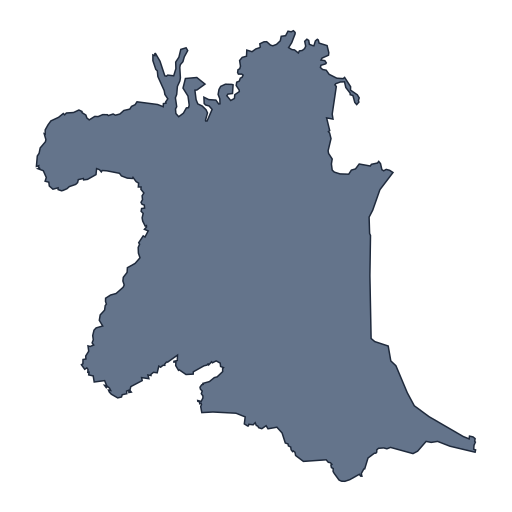 the district of Contepec, Michoacán, Mexico
{"feature_id": "50627088B15028424096035", "entity_name": "Contepec", "entity_type": "district", "adm_level": 2, "iso_a3": "MEX", "parent_name": "Mexico", "parent_adm1": "Michoacán", "projection": "natural_earth1", "projection_center": [-100.227, 19.961], "detail": "fine", "context": "isolated", "style": "filled", "palette": "slate", "viewbox_px": 512, "rotation_deg": 0, "n_neighbors": 0, "source": "geoboundaries", "source_scale": "gbopen_adm2", "svg_char_len": 5923}
<svg xmlns="http://www.w3.org/2000/svg" viewBox="0 0 512 512"><path d="M431.2,442.4L437.6,441.4L449.9,446.2L475.1,452.2L475.6,449.9L473.7,449.2L474.0,445.3L475.4,442.1L474.7,441.3L475.1,438.6L473.0,436.9L469.5,436.1L469.1,438.9L463.2,436.5L429.1,416.7L414.3,405.8L407.3,392.8L395.9,365.7L390.8,360.9L388.2,346.0L374.8,341.6L371.1,338.5L369.9,275.7L370.5,235.5L369.6,233.5L369.1,217.1L372.7,210.2L379.9,189.7L393.0,172.5L389.6,170.3L386.2,169.4L383.7,170.8L381.9,169.7L380.5,163.6L378.7,161.4L377.5,163.0L371.4,164.3L370.3,166.0L359.2,164.0L355.5,168.9L351.4,170.1L348.7,174.2L340.0,173.9L334.3,172.1L332.2,170.1L331.4,164.0L332.2,159.0L328.6,153.5L328.1,150.8L331.0,138.6L329.6,133.0L328.4,131.7L329.7,130.6L326.6,117.9L333.0,119.1L332.2,114.1L336.3,86.5L334.9,84.8L335.7,83.7L340.3,82.0L344.5,81.8L345.8,87.5L350.1,93.1L350.2,94.7L352.9,95.5L354.8,102.4L356.7,104.6L358.9,102.1L358.4,100.5L359.2,97.9L357.3,94.8L350.5,90.1L350.6,86.7L344.6,77.4L343.2,78.6L336.8,78.2L329.1,74.3L326.2,70.2L322.6,69.5L320.4,67.5L320.9,65.3L325.7,63.8L326.3,62.9L324.8,60.6L321.0,60.1L322.0,58.1L328.5,55.2L328.8,52.7L327.1,45.6L319.1,43.1L318.3,40.0L317.3,39.3L315.4,40.9L313.9,45.8L312.7,45.6L309.4,44.3L308.7,40.4L306.9,39.2L304.7,41.3L305.7,46.2L304.6,48.6L302.2,50.5L299.4,50.9L298.3,53.0L294.5,49.9L291.9,49.6L288.6,47.6L291.7,42.7L295.1,33.9L295.1,32.4L293.4,30.7L291.2,31.8L288.0,31.2L285.6,35.7L281.2,36.3L280.3,40.8L276.5,44.4L272.8,45.8L270.5,45.1L266.7,41.7L264.0,41.8L259.8,43.8L260.3,47.0L259.3,47.8L255.9,48.9L252.0,51.7L246.8,50.1L246.5,56.2L242.2,57.4L239.6,60.5L240.5,66.2L239.7,68.8L238.0,69.7L237.6,72.5L238.4,74.1L241.8,74.1L243.1,75.1L242.1,77.3L240.3,78.2L239.3,81.1L236.7,82.2L236.2,85.5L239.2,90.1L239.3,91.6L234.8,94.7L234.4,98.5L230.7,100.5L226.8,95.7L227.9,94.1L232.5,93.5L233.1,84.8L231.8,84.4L225.4,84.2L220.7,86.4L219.0,89.4L218.1,94.4L219.8,98.8L220.0,103.8L218.7,104.0L215.9,100.1L208.7,99.6L203.9,97.2L204.2,103.6L205.8,105.1L209.0,105.9L212.1,109.4L207.1,121.0L205.7,121.0L205.5,120.2L207.5,112.9L206.0,109.7L202.2,106.0L197.8,103.9L196.1,99.7L194.9,90.2L196.9,90.0L205.0,84.1L196.8,77.5L185.4,78.5L183.0,88.1L188.0,96.1L189.2,105.2L188.5,107.7L186.4,107.9L183.4,113.2L178.7,116.7L175.9,113.5L175.5,109.0L176.7,106.7L175.4,97.8L176.7,94.4L177.4,86.4L179.9,80.9L180.4,77.8L179.8,67.4L180.3,64.7L182.9,61.7L184.3,56.8L187.7,50.6L186.1,47.8L180.8,49.4L178.9,57.2L175.7,62.1L175.9,68.6L173.7,75.8L167.7,75.1L166.4,76.2L164.8,75.8L160.0,61.2L155.5,53.5L154.9,53.6L154.8,55.6L152.9,54.9L152.9,60.7L155.8,69.4L157.3,70.8L157.9,76.6L164.2,90.6L164.9,94.5L167.8,98.8L165.7,101.9L166.0,103.1L163.4,103.6L163.2,106.7L157.6,104.5L137.0,101.8L135.1,104.7L131.5,106.4L129.8,109.1L123.8,110.5L119.9,114.0L115.4,115.2L113.1,114.0L108.3,115.6L107.4,114.7L102.7,114.6L98.1,116.6L94.8,116.4L89.2,119.9L86.8,117.9L85.9,115.1L82.0,112.6L82.0,111.5L78.9,110.0L73.6,112.5L66.4,113.0L64.6,114.8L63.3,113.5L58.6,117.3L50.9,120.9L48.1,124.7L45.2,129.9L45.2,134.1L44.2,133.7L45.9,139.6L45.4,141.8L40.2,147.9L39.1,153.3L37.3,156.0L36.4,166.4L38.7,165.7L38.4,166.8L39.5,168.1L37.9,168.7L43.3,170.7L46.3,177.5L45.1,181.2L48.8,182.2L49.3,186.0L52.9,189.2L58.1,187.8L58.1,189.6L61.6,190.8L63.1,190.4L67.0,188.7L69.3,186.6L75.7,184.4L77.6,182.6L78.3,179.6L83.4,178.5L83.6,179.9L87.5,179.4L96.0,174.6L96.6,168.6L99.5,169.7L101.3,171.9L102.2,170.5L106.7,170.8L119.5,173.3L121.4,175.9L127.2,178.1L132.4,178.5L133.0,177.4L136.1,181.6L138.6,183.1L138.3,187.0L141.1,187.0L140.9,189.3L143.9,193.0L142.1,195.8L142.5,199.7L141.0,202.3L142.0,204.2L144.3,205.1L144.6,208.1L141.6,208.5L141.1,211.3L143.2,213.4L142.1,217.8L142.7,221.1L145.2,226.1L146.4,225.6L146.5,227.1L144.4,229.3L148.2,230.9L145.0,237.0L143.2,235.9L138.7,242.7L139.6,244.2L138.2,247.4L138.4,253.1L140.0,257.8L135.1,263.4L127.4,267.7L127.1,272.4L123.3,277.3L122.9,281.0L124.2,285.0L123.2,287.2L116.1,293.5L110.6,295.0L105.6,298.2L105.5,301.4L106.4,304.1L105.2,305.6L104.6,310.1L100.2,314.9L99.3,320.3L102.7,326.0L96.1,327.9L94.0,330.2L92.7,335.6L93.3,339.8L92.1,342.9L93.7,345.0L90.2,346.5L88.0,345.9L88.7,351.2L85.7,356.0L85.9,359.0L83.0,359.5L82.9,363.8L81.4,364.7L84.7,369.3L86.8,367.9L88.0,369.4L87.8,372.3L89.0,372.2L88.7,374.9L93.2,375.9L94.2,382.0L104.6,380.6L106.7,385.6L104.5,385.3L106.3,387.7L107.5,386.5L109.4,388.0L110.7,390.5L108.5,390.1L109.3,392.0L111.3,394.2L117.7,397.9L121.5,397.0L122.2,394.7L126.8,393.7L126.6,391.1L128.8,390.2L128.9,392.5L131.3,392.1L129.9,390.3L130.8,386.6L142.2,380.6L141.6,377.6L148.9,378.7L147.9,375.0L151.0,375.5L150.9,374.4L153.5,372.3L157.2,372.8L158.8,366.1L160.6,367.2L163.0,365.3L164.8,365.3L164.7,364.2L166.4,362.1L167.7,362.1L177.5,355.1L177.3,360.5L173.9,361.3L173.9,362.1L175.9,361.9L175.7,365.6L178.5,370.3L179.2,369.8L186.0,374.5L193.2,374.1L193.3,371.8L204.0,365.8L206.9,365.1L208.0,364.3L207.9,363.3L208.7,364.9L211.6,361.8L212.4,362.8L216.2,360.9L220.2,363.1L220.6,366.5L223.5,367.6L222.6,368.7L222.7,371.6L217.1,376.9L214.3,377.6L209.4,381.6L202.9,383.4L203.2,384.4L201.7,384.8L200.0,387.2L200.4,389.1L202.2,391.1L201.3,393.7L202.9,395.9L202.9,398.0L201.2,401.4L197.7,400.5L197.8,401.3L199.7,402.1L199.7,403.7L201.1,403.3L201.5,404.5L200.7,406.6L201.8,412.6L212.9,412.0L235.9,413.2L245.2,416.9L244.3,423.9L247.7,426.0L248.4,425.9L248.8,424.3L253.2,424.8L255.2,422.7L256.3,425.5L257.7,426.0L258.7,427.7L261.8,428.7L266.1,425.7L268.0,428.8L276.9,427.2L282.1,433.0L285.3,443.0L288.0,443.9L288.4,445.9L290.7,447.0L291.1,449.7L292.6,451.6L293.3,451.0L295.0,452.3L295.6,455.5L303.4,461.4L326.2,459.8L328.3,462.3L330.4,462.7L331.9,464.3L330.9,465.0L331.4,467.6L333.2,468.5L333.1,471.5L334.2,473.4L339.0,480.0L341.5,481.2L344.9,481.3L349.7,479.7L359.3,474.3L360.6,476.1L361.9,476.2L361.3,473.5L363.8,469.0L364.7,468.9L368.0,458.0L374.4,453.2L375.8,453.2L376.7,452.2L376.8,449.8L378.5,448.3L383.7,447.9L386.9,448.8L390.5,447.4L413.0,453.6L417.6,451.2L426.1,441.4L431.2,442.4Z" fill="#64748b" stroke="#1e293b" stroke-width="1.5"/></svg>